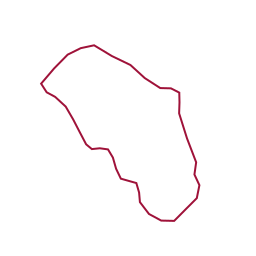 the District of Ucar, rotated 215°
{"feature_id": "AZE-1718", "entity_name": "Ucar", "entity_type": "District", "adm_level": 1, "iso_a3": "AZE", "parent_name": "Azerbaijan", "parent_adm1": "", "projection": "mercator", "projection_center": [47.727, 40.414], "detail": "fine", "context": "isolated", "style": "outline", "palette": "rose", "viewbox_px": 256, "rotation_deg": 215, "n_neighbors": 0, "source": "natural_earth", "source_scale": "10m", "svg_char_len": 604}
<svg xmlns="http://www.w3.org/2000/svg" viewBox="0 0 256 256"><g transform="rotate(215 128 128)"><path d="M224.6,114.5L222.7,134.4L219.5,153.5L212.5,166.3L203.2,176.3L182.4,177.7L162.1,181.0L142.9,178.5L124.5,179.2L115.6,185.1L106.3,186.4L100.5,178.5L94.5,169.3L73.8,153.4L52.5,139.0L46.9,128.0L36.7,122.1L31.4,110.0L33.9,95.8L36.9,78.4L47.7,71.2L61.5,69.6L75.7,74.1L81.9,81.5L89.6,87.7L97.0,85.1L104.8,82.4L114.4,87.8L123.4,95.1L132.1,99.0L139.5,95.2L145.5,90.0L152.9,90.6L165.3,97.0L177.7,103.5L191.3,109.8L205.5,111.7L215.1,110.6L224.6,114.5Z" fill="none" stroke="#9f1239" stroke-width="2"/></g></svg>